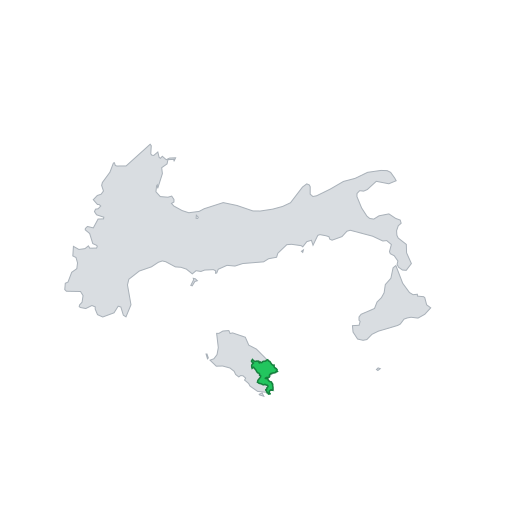 Italy, with Cagliari highlighted, rotated 308°
{"feature_id": "ITA-5378", "entity_name": "Cagliari", "entity_type": "Province", "adm_level": 1, "iso_a3": "ITA", "parent_name": "Italy", "parent_adm1": "", "projection": "equal_earth", "projection_center": [9.117, 39.391], "detail": "fine", "context": "in_parent", "style": "filled", "palette": "green", "viewbox_px": 512, "rotation_deg": 308, "n_neighbors": 0, "source": "natural_earth", "source_scale": "10m", "svg_char_len": 6600}
<svg xmlns="http://www.w3.org/2000/svg" viewBox="0 0 512 512"><g transform="rotate(308 256 256)"><path d="M117.1,122.5L119.7,123.9L129.7,120.8L135.7,122.6L140.7,119.6L144.0,115.1L143.3,111.6L151.2,106.2L152.1,112.4L156.5,116.7L160.8,117.7L159.8,120.2L164.1,125.5L165.8,125.0L166.3,124.0L165.3,119.7L171.3,111.1L171.5,105.3L172.6,104.6L175.5,105.0L178.0,110.5L187.9,108.8L191.4,113.0L192.9,112.2L190.3,105.0L191.5,101.4L194.1,100.7L196.0,102.5L199.8,102.9L200.0,100.8L199.0,99.3L200.2,93.1L206.0,93.7L209.3,95.9L213.3,95.8L216.6,90.9L219.3,89.7L232.1,89.3L241.5,86.4L242.3,87.0L240.7,89.4L241.2,90.9L247.0,98.2L278.9,103.8L278.4,105.6L271.7,110.2L271.3,111.9L272.3,113.5L277.5,114.6L274.1,118.9L274.1,120.5L276.9,120.8L276.6,126.0L280.0,127.6L283.9,132.2L280.1,133.1L281.6,131.8L277.7,127.3L273.8,129.2L267.5,127.3L263.3,131.5L248.8,136.9L251.3,134.4L250.2,134.4L245.0,137.6L243.9,144.0L248.1,150.4L251.3,152.7L250.0,156.6L248.0,158.1L245.4,157.0L244.8,160.5L246.3,169.8L248.7,176.4L256.1,183.7L261.4,186.1L277.9,197.3L284.1,209.9L289.6,225.8L294.1,231.7L303.2,240.3L311.5,246.5L319.2,250.4L339.0,250.2L344.1,251.6L344.8,254.3L343.9,256.1L338.1,260.6L337.9,264.2L340.8,266.7L354.6,273.4L368.6,279.0L378.2,286.3L390.6,292.4L400.4,301.8L404.0,306.8L404.8,310.6L402.8,317.3L401.6,320.1L394.7,316.2L388.9,304.8L376.9,302.8L373.4,300.9L371.3,297.5L367.5,297.1L365.0,298.9L358.9,309.6L355.7,318.8L355.6,322.5L357.6,326.1L363.4,328.2L371.0,334.8L371.6,342.9L373.1,347.5L371.2,350.2L367.4,349.5L362.5,351.2L359.1,354.2L357.7,357.0L357.7,367.3L351.2,372.7L345.7,383.1L337.2,383.2L335.1,380.0L334.9,375.2L336.3,372.3L339.4,370.9L341.3,364.8L340.5,360.4L341.6,358.5L348.4,355.6L348.6,349.5L345.9,346.7L343.4,335.7L334.3,314.4L331.5,312.4L324.2,311.8L315.3,306.2L314.7,303.8L316.1,301.6L315.0,298.6L312.2,293.2L310.3,292.0L299.6,294.3L302.5,290.0L298.6,287.2L292.0,287.2L292.0,285.3L287.1,276.8L283.9,273.3L271.6,271.5L267.7,273.0L261.6,267.6L256.1,265.6L241.9,250.2L235.1,245.6L230.8,238.9L222.3,234.4L218.4,235.5L217.5,234.7L219.5,233.4L219.0,230.8L213.3,224.2L209.9,222.1L207.5,217.8L202.7,216.8L202.8,209.2L200.9,203.8L197.8,199.2L195.9,188.3L194.4,185.2L190.9,182.9L183.1,180.3L172.3,173.3L159.4,170.1L154.1,172.5L140.6,187.5L128.0,191.0L127.7,187.9L132.6,180.9L131.6,178.3L123.8,179.1L113.6,172.8L112.2,167.2L115.2,161.9L116.9,160.7L116.0,157.2L109.8,154.2L107.4,149.5L107.2,147.9L108.8,147.1L112.5,147.4L118.3,144.1L120.0,139.6L111.5,128.3L111.8,126.0L117.1,122.5ZM251.0,186.7L251.4,183.9L248.8,185.6L249.6,186.9L251.0,186.7ZM334.6,372.1L324.8,388.4L321.7,399.4L322.2,403.6L325.2,406.7L323.8,407.9L327.1,413.1L327.1,414.6L322.6,420.5L322.7,425.6L314.0,424.9L306.8,421.9L303.2,415.9L300.4,413.4L297.4,411.5L291.2,411.6L288.5,410.4L272.1,398.7L265.7,395.6L258.4,394.8L255.5,392.3L253.1,387.2L255.8,379.3L260.5,374.9L264.9,379.9L268.6,378.3L268.8,376.7L271.4,374.7L274.8,374.7L287.6,381.7L294.3,379.7L300.4,380.5L305.9,379.6L313.1,375.5L321.5,376.0L331.1,371.3L334.6,372.1ZM181.0,284.9L185.4,297.6L181.3,305.2L182.9,313.6L179.4,341.9L177.4,342.8L166.5,339.5L165.6,346.0L164.2,348.7L162.0,350.4L156.1,349.9L150.3,340.6L149.8,331.4L151.0,328.7L151.2,323.4L153.4,323.0L153.6,319.5L152.3,317.5L150.1,316.9L150.1,312.9L151.7,309.8L151.7,304.4L148.8,297.5L144.7,292.5L145.6,283.9L149.1,286.1L154.3,286.0L160.6,282.7L170.8,272.6L172.2,274.4L176.5,276.1L180.5,280.5L179.0,283.3L181.0,284.9ZM199.8,220.3L200.7,222.3L200.4,225.0L198.3,223.5L193.2,224.1L192.7,222.7L198.9,221.5L199.8,220.3ZM151.8,345.2L150.3,348.5L148.7,344.2L149.0,343.6L151.8,345.2ZM148.6,277.7L146.3,281.2L145.1,281.1L148.0,277.0L148.6,277.7ZM243.7,423.3L240.8,422.5L240.7,420.8L243.0,421.1L243.7,423.3ZM290.0,289.6L287.6,290.6L287.7,288.9L290.0,289.6Z" fill="#d9dde1" stroke="#a8b0b8" stroke-width="1"/><path d="M181.5,329.1L181.0,330.7L181.4,331.3L181.3,332.4L180.6,334.1L180.3,335.6L180.3,336.1L180.4,336.6L180.6,336.9L181.2,337.3L181.2,337.5L180.5,337.8L179.8,338.6L179.5,339.5L179.6,340.3L179.4,340.6L179.5,340.8L179.7,341.0L179.8,341.2L179.7,341.5L179.5,342.1L179.5,342.5L179.2,342.8L178.8,343.0L178.3,343.3L178.2,344.0L178.0,343.9L177.9,343.8L178.0,343.6L178.1,343.3L177.7,343.0L177.3,342.9L176.9,343.1L176.5,343.3L176.3,343.3L176.2,343.0L176.0,342.8L175.4,342.6L174.8,341.8L174.7,341.7L174.4,341.6L173.8,340.9L173.6,340.8L173.3,340.7L173.0,340.5L172.7,340.3L172.5,340.1L172.3,340.3L171.9,340.1L171.5,339.9L170.6,339.8L170.1,340.1L169.7,340.5L169.4,341.0L168.5,341.0L167.9,340.4L166.9,339.2L166.7,339.3L166.5,339.2L166.3,338.9L166.0,338.7L165.7,338.6L165.4,338.6L165.4,338.8L165.7,338.9L165.7,339.2L165.6,339.4L165.7,339.6L165.9,339.7L166.0,339.9L166.3,339.9L167.0,339.8L167.1,340.0L167.1,340.4L166.0,341.5L165.7,341.9L165.5,342.6L165.5,343.3L165.5,344.0L165.7,344.6L165.9,345.1L166.0,345.3L166.2,345.5L166.2,345.8L165.8,346.5L165.5,347.6L165.4,347.8L165.2,347.6L165.0,348.1L162.4,350.8L162.2,350.8L161.9,350.9L161.8,351.0L161.5,351.4L161.3,351.6L161.0,351.5L160.7,351.2L160.1,350.6L160.1,351.3L159.7,350.7L159.1,350.1L158.4,349.8L157.8,349.7L157.3,350.0L156.6,350.5L156.2,351.1L156.3,351.8L155.9,352.0L155.7,351.8L156.0,351.2L155.7,351.0L155.3,351.0L154.9,350.9L154.9,350.6L155.2,350.1L155.3,349.2L155.1,349.0L155.3,348.8L156.0,347.5L156.3,346.3L156.6,346.0L156.8,346.0L157.1,346.4L157.3,346.5L157.6,346.5L158.2,346.2L158.4,346.0L158.6,345.8L160.3,345.9L160.7,345.7L161.0,345.3L161.2,344.6L161.0,344.1L160.7,343.8L160.5,343.3L160.5,342.9L160.6,342.7L160.4,342.1L160.2,341.9L159.4,341.6L159.1,341.2L158.8,340.6L158.5,338.5L158.4,338.3L158.3,338.2L158.1,338.1L158.0,337.9L157.9,337.7L157.7,336.9L157.5,336.5L157.5,336.3L157.5,336.1L157.6,335.5L157.6,335.2L157.4,334.9L158.7,334.2L159.5,334.0L163.3,334.1L164.3,333.6L164.5,333.4L164.5,333.0L164.3,332.6L164.2,332.2L164.5,331.9L164.9,331.7L165.2,331.5L165.3,331.2L165.4,330.6L165.4,330.3L165.3,330.1L165.0,329.4L165.0,329.2L165.3,327.8L166.1,326.1L166.6,323.3L166.7,323.0L166.9,322.8L166.9,322.7L166.8,322.4L166.5,322.3L165.1,322.1L165.8,321.1L166.7,320.2L167.6,319.7L168.7,319.7L169.0,319.7L169.1,319.8L170.1,319.9L170.0,317.7L170.2,317.3L170.4,317.1L172.2,316.9L172.1,317.2L172.0,317.4L172.2,318.0L172.2,318.3L172.0,318.8L172.0,319.1L172.1,319.5L172.9,320.8L173.1,321.0L173.8,321.3L174.0,321.6L174.1,322.1L174.2,322.3L174.6,322.5L174.8,322.8L174.8,323.0L174.7,323.3L174.2,323.5L173.9,323.9L173.8,324.2L173.8,324.4L173.8,324.6L174.0,324.7L174.6,324.4L174.9,324.4L175.1,324.5L175.2,324.8L175.1,325.5L175.2,325.8L175.7,326.3L176.0,326.3L176.4,326.2L177.0,326.3L177.6,326.7L179.0,328.2L179.3,328.4L179.9,328.3L180.2,328.3L181.5,329.1Z" fill="#22c55e" stroke="#15803d" stroke-width="1.5"/></g></svg>